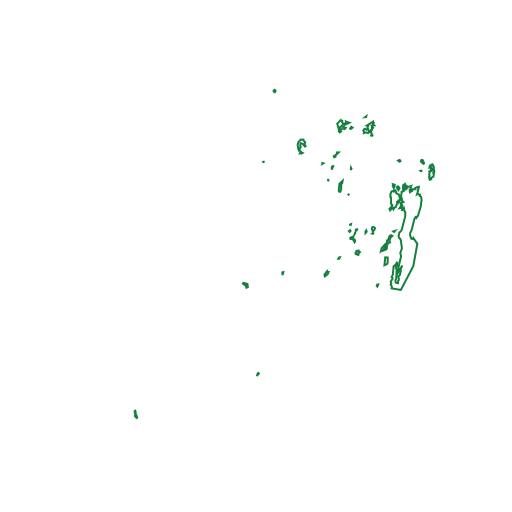 Stykkishólmsbær, Vesturland, Iceland, rotated 321°
{"feature_id": "244011B37463664010444", "entity_name": "Stykkishólmsbær", "entity_type": "district", "adm_level": 2, "iso_a3": "ISL", "parent_name": "Iceland", "parent_adm1": "Vesturland", "projection": "orthographic", "projection_center": [-22.794, 65.108], "detail": "fine", "context": "isolated", "style": "outline", "palette": "green", "viewbox_px": 512, "rotation_deg": 321, "n_neighbors": 0, "source": "geoboundaries", "source_scale": "gbopen_adm2", "svg_char_len": 6193}
<svg xmlns="http://www.w3.org/2000/svg" viewBox="0 0 512 512"><g transform="rotate(321 256 256)"><path d="M389.6,341.0L388.7,341.6L387.6,340.3L388.7,337.0L390.2,335.2L393.6,333.6L402.2,327.0L404.9,326.1L405.5,326.6L405.2,327.1L407.3,326.6L414.8,321.5L420.0,316.6L421.6,313.8L421.1,312.3L422.1,311.5L421.2,310.5L421.0,309.5L420.0,309.4L423.2,307.1L423.1,306.4L424.7,306.0L426.1,304.7L422.8,303.3L421.5,304.2L419.6,302.6L418.4,303.7L415.8,303.3L417.2,301.1L418.0,301.9L419.3,300.5L419.4,299.4L420.3,299.1L417.2,297.8L417.2,296.2L416.6,295.2L417.2,293.8L414.9,293.6L413.4,295.2L416.6,295.8L416.9,296.9L415.7,297.2L415.9,297.4L415.6,298.5L414.8,298.4L415.0,297.5L414.2,297.8L414.5,296.5L413.9,296.3L413.2,296.6L414.1,297.0L414.1,297.9L413.6,298.2L412.4,297.3L411.8,297.4L411.4,298.5L409.6,297.8L405.6,301.6L405.7,302.8L404.2,305.1L404.5,306.8L401.9,306.1L401.2,306.8L401.9,307.1L401.6,308.1L400.8,307.4L401.3,308.1L397.7,309.2L399.2,310.0L400.3,309.2L400.4,309.8L400.1,311.0L397.6,312.5L401.2,311.6L399.4,315.0L399.6,315.9L396.8,319.2L385.4,327.6L382.0,328.1L379.2,330.4L378.5,332.2L378.9,333.0L378.6,334.6L374.3,341.8L370.1,344.4L368.5,347.6L359.4,354.6L356.7,358.0L363.7,355.4L358.9,358.0L359.2,358.7L355.5,361.5L354.0,361.3L352.0,364.5L350.5,365.0L349.3,366.5L348.0,365.0L348.0,364.0L349.4,362.4L350.7,361.9L356.4,355.5L357.6,352.9L359.5,352.1L362.1,349.4L359.3,350.6L356.5,350.6L350.5,356.7L348.2,357.7L348.0,357.9L348.3,358.8L347.7,359.7L344.6,360.6L343.6,362.8L342.8,362.9L342.2,365.5L341.0,366.5L347.2,373.5L371.8,362.9L389.1,348.0L389.6,341.0ZM404.0,292.1L402.1,291.1L399.0,292.7L398.6,293.9L397.5,294.7L397.7,295.5L397.2,296.3L393.7,300.5L394.0,302.0L393.7,302.7L389.4,303.4L389.0,304.9L392.3,304.4L392.6,304.7L392.2,306.2L394.1,305.5L395.2,306.0L398.9,303.9L399.8,302.6L400.2,302.7L398.7,304.9L402.4,301.9L400.5,304.8L403.8,302.7L405.7,298.2L404.5,295.5L405.7,292.9L405.4,292.3L404.2,292.6L403.6,293.7L404.0,292.1ZM431.6,225.2L424.3,224.4L425.2,225.4L423.8,226.1L422.8,228.2L421.5,227.7L421.1,225.9L419.7,225.5L418.3,226.1L418.4,227.2L417.2,228.3L418.4,228.6L420.7,231.0L422.3,230.2L422.7,231.9L424.0,231.5L423.6,231.3L423.8,230.5L427.7,230.1L427.6,229.1L427.0,228.9L428.0,227.4L430.1,228.9L430.0,227.3L431.1,226.7L430.7,226.3L431.6,225.2ZM364.0,193.7L360.8,194.1L358.5,195.6L356.3,199.2L355.7,201.2L356.4,201.4L358.4,199.5L359.5,199.4L360.0,197.7L361.7,196.4L363.1,198.6L362.7,199.4L363.0,200.4L362.9,201.7L363.7,201.8L363.8,199.9L365.8,198.6L365.6,196.1L366.1,195.4L364.0,193.7ZM407.4,203.7L402.4,204.3L400.1,209.7L398.9,211.2L398.8,212.6L400.3,212.7L400.1,211.5L400.5,211.0L402.0,211.4L401.6,209.5L402.9,208.6L403.9,209.2L407.0,207.9L407.2,206.3L408.0,205.3L407.1,204.5L407.4,203.7ZM446.4,300.5L443.8,299.4L443.6,300.3L441.7,301.7L441.6,302.7L440.2,303.6L439.0,306.1L440.5,306.6L441.2,305.4L443.8,306.0L446.1,303.9L445.8,303.7L445.9,303.0L447.7,302.7L448.6,300.8L446.4,300.5ZM352.5,344.7L354.1,344.1L357.4,340.0L355.6,338.4L350.0,344.0L352.5,344.7ZM370.6,252.1L366.4,252.4L361.7,256.9L361.1,258.2L361.9,259.1L364.2,257.8L367.5,253.7L368.7,253.7L370.6,252.1ZM372.5,324.5L368.6,326.7L367.7,326.4L365.1,328.8L365.8,329.7L367.6,329.0L368.6,329.8L369.5,328.0L371.5,326.5L374.6,326.2L374.0,324.8L372.5,324.5ZM450.7,295.6L447.9,295.2L446.4,296.5L448.1,297.3L446.7,298.5L447.7,298.9L447.6,300.2L448.7,300.5L450.0,299.0L450.8,296.9L450.7,295.6ZM360.9,330.7L364.9,328.0L358.5,329.0L355.9,331.0L358.4,331.4L360.9,330.7ZM339.1,316.3L337.3,315.3L336.7,316.3L335.4,316.1L334.7,317.2L336.2,319.6L336.8,319.1L336.7,318.5L339.2,318.4L338.8,316.7L339.1,316.3ZM301.8,312.5L297.4,313.6L296.7,315.2L300.2,315.3L302.3,314.1L301.5,313.6L301.8,312.5ZM230.0,275.1L231.7,272.4L229.5,269.1L228.6,269.1L228.6,270.1L229.5,272.6L228.6,274.6L230.0,275.1ZM362.2,310.6L365.0,310.0L366.1,309.0L365.7,307.5L364.3,306.8L363.1,307.7L362.2,310.6ZM412.4,211.2L410.6,208.1L410.2,208.9L408.4,208.9L407.4,209.9L412.4,211.2ZM445.4,288.6L445.2,287.6L445.7,287.2L445.8,286.1L444.8,285.5L443.6,286.4L444.1,289.7L444.8,289.8L445.4,288.6ZM341.8,303.4L344.0,302.1L340.8,301.2L340.1,302.3L341.8,303.4ZM362.6,332.4L363.9,330.7L359.6,332.3L361.1,332.8L362.6,332.4ZM409.7,290.9L408.9,291.2L407.9,293.6L408.4,293.0L408.7,293.5L408.3,294.3L410.0,293.8L410.4,291.6L409.7,290.9ZM62.0,306.8L63.1,303.7L63.1,302.9L61.2,304.1L61.2,306.7L62.0,306.8ZM408.5,287.8L407.6,286.4L406.9,288.1L406.3,287.8L405.8,289.9L407.6,289.1L407.8,288.0L408.5,287.8ZM404.7,213.1L406.4,212.8L405.1,210.5L404.1,211.8L404.7,213.1ZM349.3,299.4L352.1,299.0L350.2,298.3L349.3,299.4ZM356.3,203.6L357.0,202.5L355.1,203.7L355.8,203.8L355.4,204.4L355.9,205.1L357.1,205.2L356.3,203.6ZM342.2,305.4L342.4,304.9L341.6,305.0L341.3,307.3L342.5,306.8L342.9,305.6L342.2,305.4ZM184.3,349.1L184.2,348.4L183.3,348.4L181.1,349.8L184.3,349.1ZM427.9,273.2L428.2,272.2L427.9,271.6L426.4,271.3L426.8,273.0L427.9,273.2ZM369.2,236.6L371.4,235.3L373.3,234.5L370.9,234.5L369.2,236.6ZM380.3,228.9L381.1,227.6L379.2,227.4L378.9,228.4L380.3,228.9ZM375.2,138.7L373.9,138.5L373.2,139.4L373.6,140.0L374.3,139.2L374.0,140.5L374.7,140.4L375.2,139.7L375.2,138.7ZM411.8,217.0L411.4,215.6L409.3,216.3L409.5,216.9L411.8,217.0ZM382.6,227.7L385.4,227.5L384.2,226.5L382.6,227.7ZM264.6,287.4L265.9,286.7L267.1,285.7L266.1,285.3L264.6,287.4ZM343.9,296.2L345.2,296.0L345.3,295.1L343.9,295.1L343.9,296.2ZM355.5,307.1L357.3,306.8L357.8,305.5L356.3,306.0L355.5,307.1ZM63.1,301.8L64.2,301.7L64.8,300.3L64.0,300.2L63.1,301.8ZM331.1,356.1L331.8,355.7L333.0,355.0L332.1,354.5L331.1,355.1L331.1,356.1ZM422.4,235.6L422.8,234.1L421.3,234.9L422.1,235.7L422.4,235.6ZM320.4,309.8L319.7,309.4L318.2,309.9L318.8,310.5L320.4,309.8ZM383.7,248.8L385.2,248.2L385.4,247.2L383.7,248.8ZM378.4,324.2L379.8,323.9L378.2,323.3L378.4,324.2ZM347.2,300.9L348.3,299.8L346.8,300.8L347.2,300.9ZM437.7,294.0L439.0,294.0L437.5,293.4L437.7,294.0ZM349.9,291.0L348.1,290.6L349.3,291.5L349.9,291.0ZM362.2,311.7L360.4,311.7L360.9,312.4L362.2,311.7ZM366.6,226.3L366.0,225.5L365.4,226.2L366.6,226.3ZM359.9,242.8L360.6,241.7L358.9,243.0L359.9,242.8ZM322.2,187.9L320.8,187.4L320.8,187.6L322.2,187.9ZM429.1,217.3L429.7,216.8L428.3,216.8L429.1,217.3ZM365.5,266.8L367.2,266.3L367.4,266.1L365.5,266.8Z" fill="none" stroke="#15803d" stroke-width="2"/></g></svg>